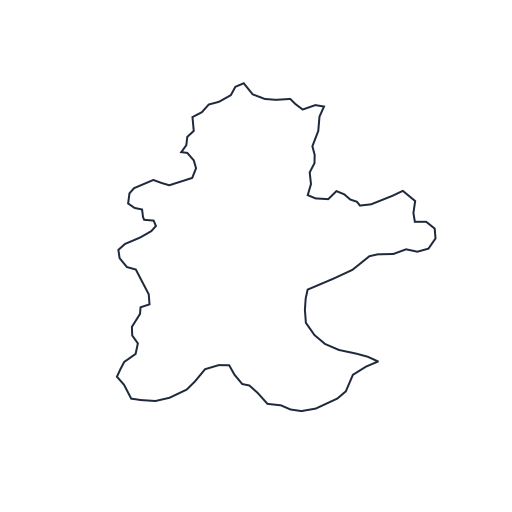 Nybro, Kalmar, Sweden, rotated 157°
{"feature_id": "70781695B56315309655935", "entity_name": "Nybro", "entity_type": "district", "adm_level": 2, "iso_a3": "SWE", "parent_name": "Sweden", "parent_adm1": "Kalmar", "projection": "robinson", "projection_center": [15.892, 56.861], "detail": "fine", "context": "isolated", "style": "outline", "palette": "slate", "viewbox_px": 512, "rotation_deg": 157, "n_neighbors": 0, "source": "geoboundaries", "source_scale": "gbopen_adm2", "svg_char_len": 1641}
<svg xmlns="http://www.w3.org/2000/svg" viewBox="0 0 512 512"><g transform="rotate(157 256 256)"><path d="M431.2,199.2L427.8,189.1L426.6,173.4L423.5,171.6L418.3,168.4L405.2,161.8L391.0,159.3L372.0,160.1L361.4,164.3L347.1,171.7L332.9,170.1L323.4,165.9L322.2,155.1L318.7,143.5L312.7,139.4L308.0,129.4L303.2,115.4L291.4,108.8L284.3,101.3L274.8,95.5L260.6,92.2L236.9,93.0L226.2,96.3L213.2,108.8L197.8,111.2L184.4,111.2L185.2,111.6L192.5,119.6L201.8,126.9L216.4,137.1L226.8,148.0L233.1,160.4L236.2,175.0L232.0,187.4L226.8,197.6L221.6,204.9L205.9,204.9L193.4,204.9L172.6,205.6L151.7,211.5L143.4,210.0L128.8,204.2L115.2,203.5L105.8,196.9L94.4,195.4L83.9,202.0L80.8,211.5L81.1,212.0L86.0,221.0L96.4,225.4L94.3,234.1L88.0,244.4L95.4,258.6L106.9,258.1L129.9,258.6L140.6,261.8L141.9,266.5L147.2,271.2L150.6,278.2L156.6,284.3L167.3,280.1L178.6,285.7L184.6,291.8L177.3,300.7L173.9,312.0L165.9,318.6L162.5,326.1L161.2,335.0L149.8,346.8L143.1,359.5L135.0,367.0L142.4,371.7L155.8,372.6L160.4,380.6L163.1,387.2L176.5,391.9L186.5,397.1L195.9,406.1L199.8,419.8L208.9,419.8L216.3,413.9L229.8,412.4L240.3,413.9L249.7,409.5L260.2,408.7L264.4,395.5L272.7,392.5L276.9,385.2L284.2,380.8L279.0,377.8L275.9,368.3L276.9,360.2L284.2,352.8L308.2,355.0L314.5,360.2L320.8,366.1L341.7,366.1L348.0,363.1L353.2,354.3L349.0,347.7L342.7,343.3L344.8,336.0L344.8,333.0L336.4,328.6L336.4,322.7L342.7,319.8L355.2,318.3L371.9,318.3L380.3,315.4L382.4,307.3L379.2,296.3L371.9,290.5L369.7,262.7L372.9,253.1L382.3,253.9L385.4,248.0L393.7,242.2L397.9,239.3L401.0,231.2L398.9,221.7L405.1,212.9L418.7,210.0L424.9,204.9L431.2,199.2Z" fill="none" stroke="#1e293b" stroke-width="2"/></g></svg>